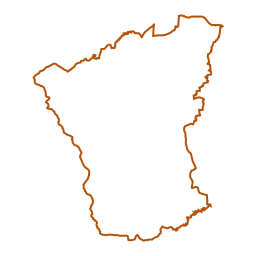 Kong Ra, Phatthalung, Thailand
{"feature_id": "78962969B88814874297751", "entity_name": "Kong Ra", "entity_type": "district", "adm_level": 2, "iso_a3": "THA", "parent_name": "Thailand", "parent_adm1": "Phatthalung", "projection": "mercator", "projection_center": [99.958, 7.422], "detail": "fine", "context": "isolated", "style": "outline", "palette": "amber", "viewbox_px": 256, "rotation_deg": 0, "n_neighbors": 0, "source": "geoboundaries", "source_scale": "gbopen_adm2", "svg_char_len": 5720}
<svg xmlns="http://www.w3.org/2000/svg" viewBox="0 0 256 256"><path d="M202.7,109.9L202.8,106.3L203.6,104.6L203.5,102.5L203.0,102.5L202.7,101.2L203.9,99.6L203.8,99.0L201.0,97.8L198.6,97.3L193.9,98.8L193.7,95.4L195.8,95.3L195.7,94.3L196.1,94.2L196.1,93.7L196.7,93.6L196.6,91.2L199.8,90.8L199.8,89.3L199.3,87.6L202.0,86.7L202.1,86.0L202.6,86.0L202.6,85.5L203.1,85.5L203.5,83.3L207.6,82.4L208.2,81.0L207.9,80.8L207.4,81.2L207.0,80.8L207.4,80.2L207.0,78.4L207.3,77.9L206.9,77.7L206.5,78.1L206.1,78.0L205.6,77.5L205.6,76.8L207.0,77.1L207.5,76.0L207.3,75.3L207.4,75.1L211.1,74.5L211.1,71.9L210.5,71.5L210.1,70.8L209.0,70.5L209.3,70.1L210.5,69.9L210.0,64.8L208.8,64.2L207.9,64.2L207.6,63.9L207.6,63.5L209.2,62.4L208.4,58.5L207.8,57.2L208.0,54.3L209.1,53.9L211.0,52.0L211.0,50.5L211.8,49.9L211.4,47.4L212.3,46.4L213.5,42.4L213.7,42.1L215.4,41.9L215.9,40.4L217.3,39.7L217.8,38.2L219.1,37.0L219.0,35.6L219.6,34.5L220.3,27.3L220.6,26.7L221.3,27.2L221.7,26.6L221.4,26.2L222.4,26.1L221.9,25.5L219.9,25.1L218.7,25.2L218.4,25.0L216.5,24.9L215.8,25.0L215.6,25.4L214.9,25.0L212.0,25.1L208.9,23.2L204.9,18.2L203.3,17.0L202.0,16.6L191.4,16.6L189.0,17.6L188.1,17.6L183.9,16.3L183.8,15.9L181.2,15.4L178.9,15.9L178.3,25.6L177.5,26.9L176.8,26.8L176.1,26.3L175.6,26.4L175.3,26.7L175.5,27.8L174.4,30.3L172.5,30.8L170.8,32.6L165.1,35.0L161.4,35.4L158.1,35.3L153.2,36.0L153.6,27.3L154.3,23.7L153.5,25.2L152.5,26.2L148.9,28.7L144.3,32.8L142.4,36.1L142.1,37.1L141.7,37.3L141.0,35.7L139.0,33.4L134.6,33.0L134.0,31.8L133.1,31.4L131.6,31.5L131.3,32.6L131.0,32.7L130.7,32.6L130.3,31.7L129.6,32.0L127.8,32.0L127.5,32.6L128.1,32.9L128.2,33.2L127.9,34.0L126.1,34.2L125.6,33.0L123.5,33.5L123.6,33.8L124.6,33.7L124.5,34.5L123.2,35.5L122.0,35.6L121.7,36.6L121.4,36.6L120.6,37.6L120.1,37.7L120.2,38.6L118.9,39.2L118.9,39.7L118.4,39.7L118.4,40.3L117.5,40.7L117.0,41.7L116.5,41.5L115.8,42.4L115.1,43.6L115.4,44.9L114.8,46.4L115.1,46.9L114.4,48.0L113.8,47.8L111.6,48.2L110.7,45.1L109.1,44.6L107.4,45.4L104.6,48.8L101.3,49.1L100.5,53.1L99.4,55.7L99.0,58.3L96.9,58.1L96.4,58.9L95.1,58.6L94.3,58.1L94.2,57.5L95.1,56.0L95.4,55.1L93.7,54.8L92.4,58.0L91.1,58.5L90.8,59.1L89.8,60.2L88.5,60.7L87.4,60.6L86.8,60.3L85.9,58.8L84.4,59.4L84.2,60.2L83.0,60.8L81.2,60.9L80.9,61.9L80.3,62.6L78.3,62.8L75.7,64.3L74.2,66.9L72.1,68.3L70.6,69.7L69.5,69.9L68.9,71.0L67.5,71.6L67.0,70.8L63.7,69.4L61.2,67.4L60.0,66.9L57.2,65.2L56.2,64.2L54.7,63.6L53.6,63.7L48.1,66.8L46.5,67.0L43.8,69.8L42.6,70.6L40.3,71.1L39.1,73.1L35.8,75.0L33.6,77.5L33.7,78.1L34.7,79.4L34.8,82.6L35.2,83.4L37.6,84.7L39.4,84.9L40.5,86.0L42.0,86.2L43.3,87.1L44.0,87.9L45.6,92.0L45.9,95.9L47.0,96.8L49.0,97.4L49.4,98.0L49.1,99.1L46.7,101.0L46.0,101.9L46.1,102.3L47.9,103.6L48.6,105.2L48.4,106.6L47.3,107.6L47.3,108.3L49.4,108.9L51.5,109.1L54.6,112.0L54.4,112.6L55.5,114.4L56.3,114.7L57.3,115.9L57.5,117.0L58.8,119.0L59.0,120.8L58.2,122.1L58.6,122.6L58.8,124.3L59.3,124.8L60.7,125.3L62.6,127.4L62.5,128.5L63.3,129.1L63.8,132.4L67.0,134.6L70.5,135.9L72.4,137.1L72.5,137.9L71.9,139.2L72.5,140.3L72.6,142.2L74.3,145.0L76.4,145.5L78.5,147.0L81.5,152.7L80.4,155.2L80.1,156.3L80.3,157.5L83.1,164.3L84.9,167.0L88.2,169.5L89.0,170.7L89.2,172.2L89.0,175.4L87.8,178.9L83.4,184.7L83.8,186.4L83.5,187.9L85.0,190.1L85.0,191.3L85.8,191.9L86.6,193.6L87.7,194.3L90.1,195.0L91.5,196.5L92.1,198.8L92.8,199.4L93.0,201.4L92.6,203.4L92.0,204.8L91.4,205.2L90.9,206.3L90.7,206.9L90.7,208.2L90.2,208.8L92.0,212.0L92.4,214.1L91.5,214.8L91.2,216.2L91.7,217.0L93.1,217.9L93.0,218.9L93.3,219.4L94.8,219.9L95.1,220.9L96.2,221.3L96.8,222.0L97.0,223.3L96.4,224.3L96.9,226.8L97.6,227.2L97.7,228.4L99.0,229.1L99.5,230.8L100.2,231.8L100.1,233.4L100.8,234.0L102.3,234.6L105.9,235.1L110.4,234.6L114.2,235.1L117.4,235.1L120.0,235.8L126.3,235.6L127.8,236.4L128.5,240.1L131.5,240.2L134.7,239.4L134.9,238.6L135.3,238.4L135.6,236.7L136.6,235.8L136.6,235.4L137.2,235.0L138.3,235.8L138.9,237.4L140.7,239.1L143.5,240.6L146.6,240.0L147.5,240.2L148.3,239.8L149.7,239.5L152.1,239.6L152.5,239.1L154.9,237.6L158.0,236.3L159.4,234.1L160.5,233.4L160.8,231.7L160.5,229.9L160.7,228.8L162.6,226.6L164.0,227.3L167.4,228.4L170.1,227.1L171.2,227.1L172.6,228.1L173.0,228.8L172.8,229.3L173.1,229.6L175.9,229.2L176.0,229.7L175.7,230.4L176.1,230.7L177.5,229.7L176.9,228.9L177.0,228.2L179.7,227.3L181.1,225.8L182.9,225.6L183.6,224.5L184.4,224.6L184.2,225.3L185.3,225.8L186.5,224.8L186.2,223.6L186.6,223.6L186.9,224.1L187.4,224.0L187.4,222.9L188.2,220.9L187.6,220.0L188.3,219.3L188.2,218.8L187.5,218.6L187.0,218.0L187.2,217.3L190.1,217.7L191.2,217.0L190.8,216.1L191.2,215.4L192.7,214.9L193.0,214.2L193.4,214.2L194.1,214.8L194.8,214.7L195.2,214.2L194.1,212.4L196.0,213.1L195.7,211.2L196.2,211.4L197.0,211.2L197.3,212.0L197.7,212.1L198.2,210.5L198.6,211.3L199.2,211.2L199.4,210.7L200.0,211.3L200.9,210.8L201.2,211.6L201.5,211.8L201.6,210.9L201.9,210.8L201.8,210.0L202.6,210.5L203.2,210.2L202.8,208.7L203.4,208.0L204.1,208.0L203.9,209.8L204.4,210.1L205.2,208.9L206.2,208.5L208.1,207.0L208.3,206.1L209.3,205.6L210.3,206.0L210.1,205.6L210.6,205.1L210.5,204.6L207.0,204.0L207.3,200.5L206.9,195.1L202.8,194.1L199.6,192.8L199.1,192.3L198.6,191.0L198.0,188.0L197.0,187.1L195.2,187.0L192.5,188.1L192.0,187.9L191.7,187.3L192.5,183.7L192.7,181.9L192.2,180.4L190.6,178.0L190.1,176.6L190.3,173.3L191.3,171.0L195.1,169.0L195.8,168.2L194.9,165.6L192.9,161.8L190.8,153.4L188.6,151.6L187.2,149.1L185.7,142.8L186.1,139.2L185.5,137.5L185.4,133.4L184.2,130.6L184.1,129.5L184.2,127.7L185.2,126.1L190.8,123.8L191.7,123.8L193.2,124.3L194.3,121.0L194.9,120.6L195.5,121.0L196.4,120.2L196.5,119.4L195.9,119.1L195.5,118.3L195.8,116.3L196.6,116.2L196.9,115.9L197.2,116.2L198.4,115.3L199.8,115.6L200.1,115.4L199.4,113.0L199.2,109.8L201.7,110.1L202.7,109.9Z" fill="none" stroke="#b45309" stroke-width="2"/></svg>